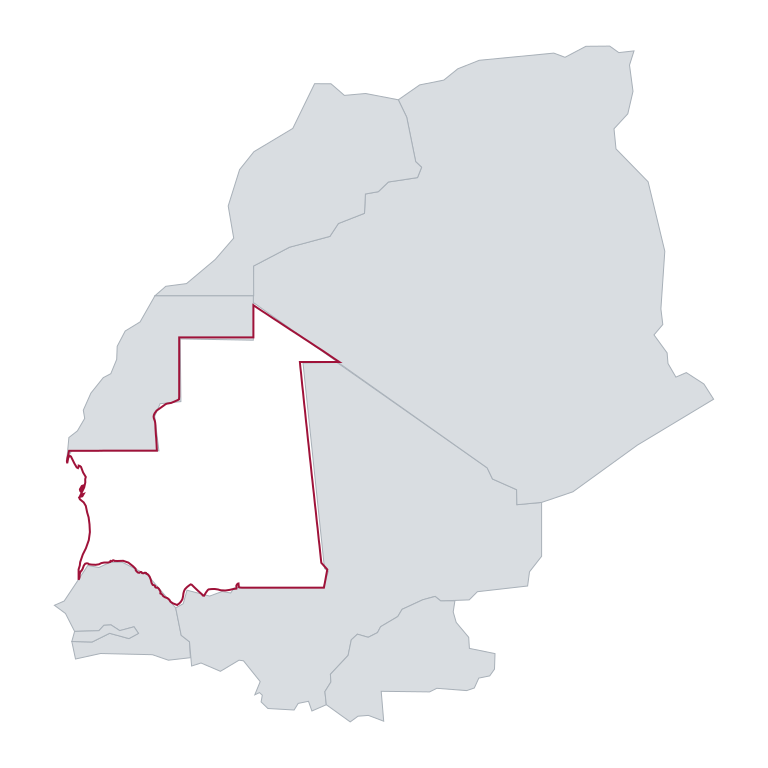 map of Mauritania with Western Sahara, Senegal, Mali and 4 others greyed out
{"feature_id": "MRT", "entity_name": "Mauritania", "entity_type": "country or territory", "adm_level": 0, "iso_a3": "MRT", "parent_name": "Africa", "parent_adm1": "", "projection": "mercator", "projection_center": [-11.622, 21.016], "detail": "fine", "context": "with_neighbors", "style": "outline", "palette": "rose", "viewbox_px": 768, "rotation_deg": 0, "n_neighbors": 7, "source": "natural_earth", "source_scale": "50m", "svg_char_len": 7030}
<svg xmlns="http://www.w3.org/2000/svg" viewBox="0 0 768 768"><path d="M253.7,295.7L253.3,340.2L180.2,338.9L180.9,401.6L160.1,403.7L154.7,416.2L158.9,450.8L71.7,450.7L66.9,458.7L68.9,437.5L77.4,430.9L84.7,418.4L83.3,410.2L90.9,393.1L103.3,377.6L110.8,373.7L116.7,359.4L117.2,346.3L125.2,331.0L140.1,321.9L155.0,295.7L253.7,295.7Z" fill="#d9dde1" stroke="#a8b0b8" stroke-width="1"/><path d="M74.6,631.4L65.5,613.5L54.4,605.3L64.2,601.0L87.8,565.5L98.9,567.5L109.8,562.4L122.2,562.2L147.6,575.1L175.7,607.9L181.2,635.3L189.5,641.8L190.4,657.7L168.4,660.2L152.4,654.7L100.6,653.5L75.5,659.0L71.8,641.5L92.1,642.0L109.6,633.3L128.9,638.6L138.5,633.4L134.0,626.8L119.7,630.6L111.0,624.9L103.9,625.3L98.9,630.7L74.6,631.4Z" fill="#d9dde1" stroke="#a8b0b8" stroke-width="1"/><path d="M191.6,666.0L189.5,641.8L181.2,635.3L175.7,607.9L183.2,603.7L187.0,590.2L209.6,596.1L222.1,591.5L230.7,593.0L234.1,587.9L323.4,587.5L328.3,571.3L324.5,568.5L303.0,363.0L337.0,362.5L487.2,467.9L492.5,479.0L516.6,489.7L516.9,504.7L541.6,502.4L541.6,556.3L529.5,571.8L527.6,586.0L477.4,591.7L469.2,599.9L440.7,600.9L435.1,596.4L422.9,599.7L402.1,609.3L397.8,616.5L380.6,626.7L377.5,632.6L368.2,637.3L357.4,634.2L351.3,639.8L348.1,655.4L330.4,674.3L330.9,682.0L324.9,691.6L326.3,704.7L311.9,711.0L308.5,701.3L298.2,703.4L294.1,710.0L267.9,708.5L261.1,701.9L262.3,695.2L259.5,692.6L254.8,694.8L260.2,681.6L243.5,660.8L239.0,660.2L220.4,671.3L201.0,663.0L191.6,666.0Z" fill="#d9dde1" stroke="#a8b0b8" stroke-width="1"/><path d="M326.3,704.7L324.9,691.6L330.9,682.0L330.4,674.3L348.1,655.4L351.3,639.8L357.4,634.2L368.2,637.3L377.5,632.6L380.6,626.7L397.8,616.5L402.1,609.3L422.9,599.7L435.1,596.4L440.7,600.9L454.9,600.8L453.2,611.9L456.2,622.4L468.7,637.3L469.4,648.4L495.0,653.6L494.5,669.1L489.7,675.9L478.8,678.1L474.3,688.0L466.6,690.6L436.8,688.3L429.6,691.9L381.2,691.3L383.7,721.2L368.4,715.4L358.0,716.2L350.2,721.9L326.3,704.7Z" fill="#d9dde1" stroke="#a8b0b8" stroke-width="1"/><path d="M74.6,631.4L98.9,630.7L103.9,625.3L111.0,624.9L119.7,630.6L134.0,626.8L138.5,633.4L128.9,638.6L109.6,633.3L92.1,642.0L71.8,641.5L74.6,631.4Z" fill="#d9dde1" stroke="#a8b0b8" stroke-width="1"/><path d="M253.3,302.5L253.6,266.0L289.5,247.2L329.9,236.4L338.4,223.5L364.5,213.3L365.4,194.0L378.3,191.7L388.4,182.0L417.5,177.6L421.6,167.3L415.7,161.7L406.7,117.2L398.3,99.8L419.7,84.9L443.8,80.1L457.8,68.8L479.2,60.3L553.8,53.1L565.0,57.3L585.9,46.3L609.7,46.1L618.8,52.6L634.0,50.9L629.5,65.1L633.0,91.3L627.8,113.8L614.0,128.8L616.0,148.9L648.1,181.8L664.8,251.2L660.9,308.9L662.8,324.5L654.0,334.9L667.1,352.9L668.0,363.5L675.9,377.1L686.3,372.6L703.9,384.0L713.6,399.2L637.4,445.1L572.9,491.8L541.6,502.4L516.9,504.7L516.6,489.7L492.5,479.0L487.2,467.9L253.3,302.5Z" fill="#d9dde1" stroke="#a8b0b8" stroke-width="1"/><path d="M165.8,286.3L186.5,283.6L215.2,259.5L233.7,238.1L228.2,206.0L239.6,169.6L253.9,151.7L292.8,128.4L314.6,83.7L331.0,83.8L344.4,95.4L365.6,93.5L398.3,99.8L406.7,117.2L415.7,161.7L421.6,167.3L417.5,177.6L388.4,182.0L378.3,191.7L365.4,194.0L364.5,213.3L338.4,223.5L329.9,236.4L289.5,247.2L253.6,266.0L253.7,295.7L155.0,295.7L165.8,286.3Z" fill="#d9dde1" stroke="#a8b0b8" stroke-width="1"/><path d="M173.3,603.5L172.8,603.3L170.5,601.7L169.3,599.7L167.5,598.2L164.9,597.2L163.2,596.1L162.4,594.8L161.5,594.0L160.4,593.5L160.3,593.1L160.6,592.4L160.3,591.3L158.8,588.7L157.4,587.5L156.2,587.7L155.5,587.3L155.1,586.8L155.0,585.9L154.1,585.2L152.7,584.9L151.6,583.0L150.7,579.4L149.6,576.6L148.2,574.7L147.2,573.9L146.5,573.8L146.2,573.5L146.0,572.9L144.9,572.7L143.4,573.3L142.1,573.1L141.4,572.1L140.5,572.0L139.3,572.8L138.0,572.6L136.5,571.3L135.7,570.1L135.6,568.8L133.1,566.3L128.4,562.6L123.2,560.8L117.5,561.0L114.4,560.9L113.7,560.3L113.0,560.3L112.3,561.0L111.6,561.2L110.8,560.8L110.3,561.1L110.1,562.0L108.1,562.5L104.3,562.5L101.3,563.1L99.0,564.3L95.7,564.8L91.4,564.6L88.9,564.2L88.0,563.5L86.8,563.3L85.2,563.7L83.8,565.6L82.6,568.9L81.5,570.8L80.7,571.3L79.8,573.8L79.4,577.9L78.6,579.8L78.6,569.4L79.8,565.5L80.2,562.1L82.8,554.5L85.9,548.3L88.8,540.1L89.9,532.1L89.5,524.3L88.6,517.3L87.2,512.6L85.8,505.9L83.7,502.4L79.9,499.3L79.1,497.5L80.0,496.8L82.3,496.3L83.7,493.9L80.6,494.9L84.2,487.4L85.3,482.4L85.2,479.1L85.8,477.0L83.1,472.5L81.0,466.9L79.9,466.0L78.7,465.6L78.6,466.9L78.0,468.1L76.7,467.4L74.3,463.3L71.0,456.6L69.9,455.9L68.9,456.8L68.3,457.7L67.2,463.3L66.9,461.1L67.3,458.5L68.1,455.2L69.1,450.8L71.9,450.8L77.0,450.8L82.1,450.8L87.2,450.8L92.3,450.8L97.4,450.8L102.5,450.7L107.6,450.7L112.7,450.7L117.8,450.7L122.9,450.7L128.1,450.7L133.2,450.7L138.3,450.7L143.4,450.7L148.5,450.7L153.6,450.7L156.9,450.7L156.7,447.5L156.6,445.0L156.4,441.6L156.2,438.2L155.9,434.8L155.7,431.6L155.5,428.5L155.4,425.5L155.2,422.8L154.9,421.2L153.8,418.1L153.6,416.6L153.9,415.0L154.6,413.4L156.6,410.6L159.6,408.5L163.1,406.0L165.7,404.1L167.1,403.6L171.2,402.9L174.5,401.5L177.7,400.1L179.0,399.3L179.2,396.7L179.2,393.7L179.2,390.4L179.2,387.1L179.2,383.8L179.2,380.5L179.2,377.1L179.2,373.8L179.2,370.5L179.2,367.1L179.2,363.8L179.2,360.5L179.2,357.1L179.2,353.8L179.2,350.4L179.2,347.0L179.2,343.7L179.2,340.3L179.2,337.4L182.5,337.4L186.7,337.4L190.8,337.4L195.0,337.4L199.1,337.4L203.2,337.4L207.4,337.4L211.5,337.4L215.7,337.4L219.8,337.4L224.0,337.4L228.1,337.4L232.3,337.4L236.4,337.4L240.6,337.4L244.7,337.4L248.9,337.4L253.4,337.4L253.4,334.5L253.4,330.5L253.4,324.9L253.4,319.3L253.4,314.4L253.4,309.4L253.4,305.2L257.5,308.0L261.7,310.8L265.9,313.5L270.1,316.3L274.3,319.1L278.5,321.8L282.7,324.6L286.8,327.3L291.0,330.1L295.2,332.8L299.4,335.5L303.6,338.3L307.8,341.0L311.9,343.7L316.1,346.5L320.3,349.2L323.8,351.5L329.2,355.2L334.2,358.6L339.3,362.0L331.5,362.0L321.1,362.0L314.0,362.0L306.7,362.0L299.9,362.0L300.4,367.6L301.1,373.7L301.7,379.8L302.3,385.9L303.0,391.9L303.6,398.0L304.2,404.0L304.9,410.0L305.5,416.0L306.1,422.0L306.8,428.0L307.4,434.0L308.0,439.9L308.7,445.9L309.3,451.8L309.9,457.8L310.6,463.7L311.2,469.6L311.8,475.5L312.5,481.4L313.1,487.3L313.8,493.2L314.4,499.0L315.0,504.9L315.7,510.7L316.3,516.6L316.9,522.4L317.6,528.2L318.2,534.1L318.8,539.9L319.5,545.7L320.1,551.5L320.7,557.2L321.3,562.8L324.0,565.8L327.3,569.5L326.3,574.7L325.2,580.9L323.9,587.7L319.2,587.7L314.7,587.7L310.1,587.7L305.6,587.7L301.1,587.7L296.5,587.7L292.0,587.7L287.4,587.7L282.9,587.7L278.4,587.7L273.8,587.7L269.3,587.7L264.8,587.7L260.2,587.7L255.7,587.7L251.1,587.7L246.6,587.7L242.4,587.7L239.8,587.5L238.8,587.0L238.5,583.5L237.7,583.7L236.8,584.7L236.3,585.9L236.5,587.3L236.4,588.6L233.4,589.0L229.5,589.9L225.4,590.5L221.2,590.3L219.7,590.0L218.2,589.5L214.9,589.0L213.1,589.0L211.0,589.1L208.6,589.4L207.8,590.0L205.9,592.6L204.1,595.7L203.0,595.6L201.6,594.0L198.0,590.8L193.7,586.7L191.7,584.7L190.6,584.4L188.5,585.9L186.8,587.3L184.9,589.3L184.0,591.2L183.4,593.5L183.1,596.1L182.4,599.2L180.9,601.7L179.1,603.6L177.7,604.5L177.2,605.0L173.3,603.5ZM82.2,489.4L80.8,491.6L80.2,490.8L79.9,489.3L81.2,487.1L81.8,486.0L82.9,485.6L82.2,489.4Z" fill="none" stroke="#9f1239" stroke-width="2"/></svg>